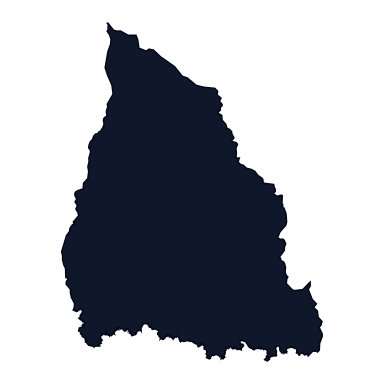 outline of Santissimo Nome De Jesus, Ribeira Grande de Santiago, Cabo Verde
{"feature_id": "66160863B56005242542710", "entity_name": "Santissimo Nome De Jesus", "entity_type": "district", "adm_level": 2, "iso_a3": "CPV", "parent_name": "Cabo Verde", "parent_adm1": "Ribeira Grande de Santiago", "projection": "robinson", "projection_center": [-23.597, 14.95], "detail": "fine", "context": "isolated", "style": "filled", "palette": "ink", "viewbox_px": 384, "rotation_deg": 0, "n_neighbors": 0, "source": "geoboundaries", "source_scale": "gbopen_adm2", "svg_char_len": 5995}
<svg xmlns="http://www.w3.org/2000/svg" viewBox="0 0 384 384"><path d="M214.7,88.3L204.0,87.3L196.2,85.4L187.2,77.9L182.3,76.3L174.5,66.6L160.5,56.8L153.4,50.0L149.0,49.2L146.4,51.1L138.9,48.2L137.7,39.8L136.0,35.3L128.1,35.3L120.6,31.1L116.6,31.1L113.4,30.1L108.2,23.4L106.8,23.0L108.2,24.3L108.1,29.9L107.2,31.2L109.7,35.0L111.1,39.4L110.6,44.3L107.9,51.7L105.2,67.6L107.6,75.1L112.0,85.2L113.1,94.1L107.3,104.2L107.8,106.7L106.4,111.2L106.9,115.5L106.1,117.1L105.3,117.0L103.8,118.5L103.5,120.8L104.1,123.9L103.3,126.7L100.9,130.8L98.5,132.3L98.2,133.6L95.6,134.0L93.7,136.2L92.5,139.6L90.3,141.8L89.1,144.8L88.7,147.9L90.2,149.7L90.6,152.2L88.9,158.1L89.1,161.4L87.9,166.6L88.7,171.5L87.8,178.5L83.6,183.1L83.1,188.9L78.0,190.6L75.8,191.8L74.8,193.5L75.0,195.5L76.7,199.2L75.1,201.8L77.4,205.4L75.9,209.1L77.9,212.4L78.7,215.6L73.4,221.9L73.9,224.6L72.5,224.8L70.1,228.0L69.5,231.5L66.5,235.6L61.7,251.6L62.7,256.1L62.5,259.3L64.0,265.4L65.5,268.0L65.9,277.6L67.8,278.2L68.2,279.1L66.4,281.4L66.2,284.1L70.6,289.6L70.4,292.7L71.5,297.6L74.6,303.6L74.3,307.5L73.2,310.0L76.5,311.5L76.9,310.7L77.2,311.2L78.8,310.3L78.9,308.9L79.8,309.3L80.3,308.6L83.0,311.3L80.4,315.4L81.2,315.7L78.9,318.3L82.3,320.9L82.8,320.6L82.8,321.8L84.3,321.9L85.1,323.6L82.9,324.4L83.8,326.0L82.4,326.0L83.3,326.9L79.3,328.0L78.6,330.9L81.4,332.5L80.6,333.8L81.8,334.8L82.3,336.5L85.3,338.2L85.0,339.0L86.3,340.0L85.5,340.5L86.3,341.8L85.8,341.8L86.9,342.2L86.0,342.3L88.1,343.8L87.5,343.8L88.7,345.2L93.7,346.4L94.1,347.1L95.0,346.1L99.8,346.0L98.9,344.4L101.3,343.3L100.4,341.9L101.3,341.2L100.8,340.7L102.1,340.2L100.6,338.2L100.7,335.8L102.0,334.7L102.6,335.5L102.4,334.6L103.6,333.9L105.7,334.9L106.4,334.0L105.8,332.6L106.5,332.0L107.3,334.7L108.8,335.4L109.1,334.9L109.6,335.9L110.0,335.2L111.2,335.6L111.8,334.3L112.4,334.7L113.1,333.6L114.1,334.0L113.4,333.0L114.8,332.7L114.2,332.6L114.7,331.9L114.1,330.4L115.0,330.0L115.6,330.7L117.0,329.8L116.4,328.9L117.5,327.7L118.2,329.6L118.8,329.6L117.9,328.4L119.7,327.8L120.8,329.0L121.6,328.4L123.2,328.9L123.6,330.5L125.2,331.1L127.1,329.8L126.9,328.8L128.3,328.9L129.2,329.8L128.7,331.2L129.6,330.6L131.0,331.6L129.5,333.0L132.7,334.8L131.7,335.2L132.0,335.7L134.7,334.7L134.2,334.2L135.3,334.6L136.2,333.8L135.3,333.4L138.0,330.8L140.5,330.2L141.1,331.0L141.0,330.0L141.8,329.8L141.0,329.8L141.2,327.1L142.1,326.6L141.5,325.9L144.4,323.5L147.6,323.9L149.3,326.8L150.3,326.4L150.0,327.2L151.2,327.3L152.3,329.4L153.3,329.2L152.2,328.4L153.6,328.3L157.8,330.1L159.0,332.0L157.8,332.9L157.7,334.5L159.4,335.5L159.1,336.5L160.6,338.0L160.3,339.0L161.4,338.1L162.5,339.4L163.6,339.2L164.2,338.5L163.8,337.7L165.1,337.7L165.4,336.5L166.9,336.4L167.5,335.2L167.8,335.9L169.0,335.6L169.3,336.7L169.7,336.0L172.3,338.2L172.8,337.8L173.2,339.1L174.2,337.8L173.5,337.1L173.8,336.6L176.4,337.2L177.3,335.8L178.3,336.6L179.2,338.9L179.6,338.3L179.4,339.5L180.3,340.1L179.9,341.2L180.4,341.6L180.6,340.6L182.0,341.3L183.2,340.7L183.9,341.5L188.0,340.4L189.3,341.3L191.3,341.1L195.7,343.8L196.5,343.3L198.3,346.8L200.9,345.4L201.6,343.1L202.5,343.3L202.5,344.7L205.0,346.3L204.1,347.4L204.2,349.1L206.4,349.8L206.9,352.3L206.1,354.1L207.6,355.4L206.9,355.4L207.5,355.6L206.8,356.4L207.7,357.4L206.9,357.8L208.9,358.7L208.9,358.2L210.2,358.4L210.0,357.3L210.6,357.3L211.9,355.1L213.7,355.5L216.1,354.3L219.7,356.1L219.7,356.7L221.9,356.4L221.4,357.8L222.4,357.3L221.9,358.4L223.1,357.6L222.7,358.6L223.1,358.8L224.0,357.7L223.2,356.5L224.5,356.7L223.9,356.0L225.2,353.1L225.1,350.7L226.1,350.1L225.8,347.6L228.1,348.5L228.5,347.3L229.2,347.7L229.1,347.0L230.5,346.1L231.6,347.9L232.6,347.5L232.8,348.8L234.6,348.5L235.0,347.5L237.0,349.5L240.0,349.1L240.6,350.1L240.5,349.3L241.3,349.8L241.1,347.8L242.5,347.2L243.6,345.3L242.7,344.2L241.1,344.2L239.9,342.7L240.0,341.2L241.4,340.4L245.6,341.6L248.8,346.7L250.9,348.3L251.5,347.6L253.2,349.6L254.0,349.0L254.6,349.6L255.3,348.5L258.3,348.5L259.1,348.0L259.2,347.0L259.9,347.3L259.3,347.9L259.8,348.5L260.1,347.3L261.3,347.5L261.3,349.6L261.9,348.1L263.1,348.8L263.7,348.4L263.6,349.1L263.8,349.5L264.3,348.8L266.5,349.8L267.5,351.4L267.1,353.1L268.2,353.0L267.8,354.3L268.4,354.7L265.9,356.5L267.1,356.1L267.5,357.6L266.2,357.8L264.6,359.7L265.3,360.0L265.5,359.3L265.6,360.2L267.4,361.0L269.5,359.2L268.7,357.8L269.8,357.7L270.1,356.7L271.8,356.5L272.2,355.6L273.0,356.1L273.5,355.3L275.4,356.2L276.6,355.4L276.1,353.7L276.5,351.8L275.4,347.8L277.6,345.8L279.6,346.4L280.0,350.6L282.0,353.1L283.0,352.4L284.0,352.5L284.1,353.2L284.6,352.5L285.9,352.7L285.3,352.3L286.2,352.7L285.9,351.9L286.9,351.7L286.2,350.8L286.7,348.3L291.5,347.1L296.6,349.0L296.9,352.6L295.9,353.1L298.0,352.8L298.7,354.9L299.5,355.2L300.0,353.9L302.5,352.9L304.5,354.9L307.1,354.3L308.0,355.0L308.1,356.6L308.4,355.0L308.8,355.3L312.9,351.0L315.0,351.3L315.4,350.6L317.7,352.0L319.3,350.1L319.6,343.4L322.3,336.1L322.1,333.7L319.1,327.3L320.9,325.3L322.0,321.5L318.1,317.2L317.4,311.0L313.6,307.5L316.4,303.8L312.2,299.5L308.2,289.4L310.2,285.9L310.1,282.1L302.8,289.6L294.8,290.6L292.3,289.9L286.2,283.4L286.8,278.8L287.8,277.0L286.0,275.0L285.1,272.0L285.5,267.6L284.5,263.5L283.6,262.1L281.1,260.6L280.5,258.3L279.3,257.3L284.3,250.3L284.4,246.9L285.7,243.9L284.1,240.1L282.3,239.0L280.2,239.5L277.6,237.5L279.9,232.0L285.8,225.1L286.6,221.8L286.0,213.7L284.0,208.2L282.6,207.0L282.6,204.2L281.9,203.5L282.3,195.7L281.0,195.1L277.4,196.4L274.2,194.5L273.4,193.5L275.2,191.4L275.2,189.1L274.3,187.9L273.7,184.5L263.1,183.1L262.9,179.8L262.1,178.3L257.7,175.3L254.9,171.4L251.2,169.4L246.5,168.3L243.4,165.3L240.7,164.6L238.5,162.5L238.2,161.5L239.3,158.0L236.7,158.3L236.0,156.3L236.4,153.1L235.9,148.3L237.5,144.3L236.1,142.6L232.1,141.5L231.8,139.7L233.6,138.7L233.8,137.6L231.6,133.2L231.6,131.8L229.8,129.6L226.9,128.2L225.7,124.1L222.1,120.2L221.7,115.4L218.7,113.6L217.9,112.0L220.2,110.3L220.2,107.5L222.1,105.7L222.0,104.3L219.4,101.1L221.0,98.1L217.1,94.9L217.6,91.2L214.7,88.3Z" fill="#0f172a" stroke="#020617" stroke-width="1.5"/></svg>